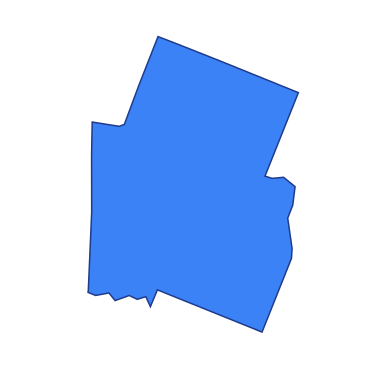 Flagler, Florida, United States of America (Mercator projection), rotated 203°
{"feature_id": "52423323B80488084984098", "entity_name": "Flagler", "entity_type": "district", "adm_level": 2, "iso_a3": "USA", "parent_name": "United States of America", "parent_adm1": "Florida", "projection": "mercator", "projection_center": [-81.314, 29.466], "detail": "fine", "context": "isolated", "style": "filled", "palette": "blue", "viewbox_px": 384, "rotation_deg": 203, "n_neighbors": 0, "source": "geoboundaries", "source_scale": "gbopen_adm2", "svg_char_len": 512}
<svg xmlns="http://www.w3.org/2000/svg" viewBox="0 0 384 384"><g transform="rotate(203 192 192)"><path d="M72.8,90.4L74.5,169.8L77.8,179.1L93.7,205.4L94.1,219.2L99.2,237.2L113.5,241.3L123.5,235.9L131.0,235.1L132.9,325.0L217.1,323.6L258.1,322.6L284.0,321.8L282.6,269.6L280.7,227.8L284.7,224.0L311.2,217.4L298.8,186.6L276.4,134.1L249.2,61.4L248.5,59.0L240.3,59.1L229.0,66.6L220.4,62.0L209.3,72.2L200.5,71.8L193.6,77.6L185.5,70.2L185.6,88.4L72.8,90.4Z" fill="#3b82f6" stroke="#1e3a8a" stroke-width="1.5"/></g></svg>